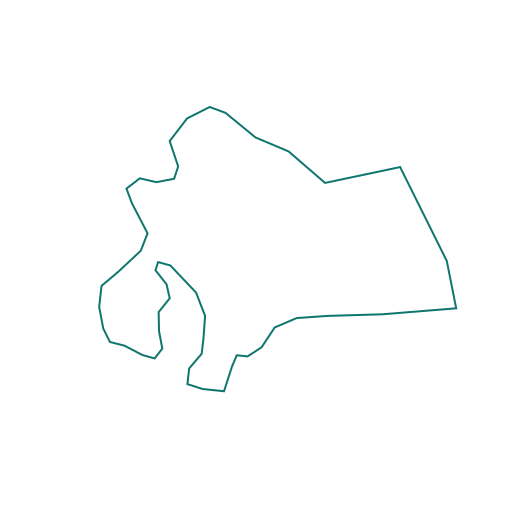 San Pawl il-Bahar, Albers equal-area conic projection, rotated 57°
{"feature_id": "MLT-5926", "entity_name": "San Pawl il-Bahar", "entity_type": "state/province", "adm_level": 1, "iso_a3": "MLT", "parent_name": "Malta", "parent_adm1": "", "projection": "albers", "projection_center": [14.403, 35.938], "detail": "fine", "context": "isolated", "style": "outline", "palette": "teal", "viewbox_px": 512, "rotation_deg": 57, "n_neighbors": 0, "source": "natural_earth", "source_scale": "10m", "svg_char_len": 774}
<svg xmlns="http://www.w3.org/2000/svg" viewBox="0 0 512 512"><g transform="rotate(57 256 256)"><path d="M259.9,86.7L364.1,98.7L408.9,116.6L373.7,181.8L345.1,228.8L330.2,255.7L326.1,279.2L335.6,301.0L335.6,317.8L328.8,326.2L335.6,336.3L352.0,356.5L338.4,373.3L326.1,383.3L313.9,373.3L308.4,354.8L296.2,344.7L278.5,331.3L254.0,326.2L217.3,333.0L207.8,341.4L213.2,348.1L230.9,346.4L244.5,351.4L250.0,368.2L266.3,378.3L282.6,385.0L286.7,396.8L277.2,405.2L259.5,415.2L248.6,425.3L233.6,423.6L213.2,415.2L196.9,401.8L194.2,380.0L188.8,349.7L177.9,334.6L143.9,331.3L128.9,327.9L127.6,311.1L139.8,299.4L146.6,282.6L138.5,272.5L112.6,265.8L103.1,238.9L105.8,213.7L119.4,203.6L156.2,191.9L186.1,171.7L232.3,158.3L259.9,86.7Z" fill="none" stroke="#0f766e" stroke-width="2"/></g></svg>